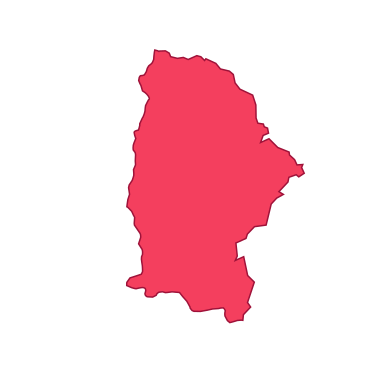 Kriva Palanka, Kriva Palanka, North Macedonia, rotated 225°
{"feature_id": "65306769B37694813292745", "entity_name": "Kriva Palanka", "entity_type": "district", "adm_level": 2, "iso_a3": "MKD", "parent_name": "North Macedonia", "parent_adm1": "Kriva Palanka", "projection": "equal_earth", "projection_center": [22.335, 42.244], "detail": "fine", "context": "isolated", "style": "filled", "palette": "rose", "viewbox_px": 384, "rotation_deg": 225, "n_neighbors": 0, "source": "geoboundaries", "source_scale": "gbopen_adm2", "svg_char_len": 2709}
<svg xmlns="http://www.w3.org/2000/svg" viewBox="0 0 384 384"><g transform="rotate(225 192 192)"><path d="M276.1,293.9L281.4,293.9L285.0,291.8L288.4,283.0L293.3,281.0L296.8,276.2L302.8,272.6L306.3,274.1L310.6,273.0L314.8,268.5L314.8,268.0L316.1,267.6L318.7,266.1L317.5,264.3L315.2,261.4L312.8,258.6L311.7,255.9L311.4,254.3L311.8,250.6L311.1,247.9L309.4,244.8L308.5,241.2L309.3,239.5L310.6,237.9L310.7,237.1L310.3,235.7L308.5,233.1L305.6,231.9L303.4,231.2L298.5,228.5L295.5,229.1L293.3,229.2L291.0,229.0L288.7,228.3L287.9,227.5L287.9,226.3L287.1,223.7L286.4,221.7L286.0,220.4L284.6,218.5L282.4,215.9L280.9,213.3L279.7,210.5L279.3,208.9L277.2,203.3L276.0,202.1L274.5,199.6L273.7,197.9L274.4,196.7L275.0,195.5L275.4,194.2L275.2,193.5L274.9,193.1L272.5,191.5L269.6,190.1L267.7,185.7L266.6,183.6L264.9,181.6L263.3,180.2L260.0,179.7L258.2,178.4L255.2,175.1L254.0,173.8L251.5,171.6L251.0,171.0L249.2,166.5L246.2,163.9L244.8,162.4L243.8,160.6L242.5,158.0L241.9,155.1L241.4,152.6L239.9,150.2L237.3,148.3L234.5,146.2L232.0,141.3L229.1,137.4L227.6,135.5L226.5,135.8L221.0,135.7L216.7,134.1L215.5,133.8L214.6,133.5L210.7,129.0L209.3,127.9L208.3,127.7L203.5,126.8L199.8,126.1L198.7,125.7L198.3,125.5L197.8,125.1L196.5,124.0L196.0,123.3L193.1,117.6L186.6,116.1L185.2,115.2L184.1,114.2L182.8,112.8L181.9,110.6L180.2,108.7L177.9,106.9L174.9,104.7L173.0,103.0L171.3,101.4L170.6,100.6L169.7,98.0L172.0,93.4L175.1,87.4L174.2,82.2L173.8,81.5L172.0,79.7L167.2,81.6L166.1,82.2L164.5,83.1L164.0,83.4L163.1,84.1L161.7,86.4L160.4,88.3L159.3,89.6L158.1,90.4L156.8,90.7L156.0,90.3L155.2,89.8L154.1,88.2L153.6,87.1L152.9,86.5L151.8,86.0L150.4,86.0L149.8,86.2L149.3,86.5L145.5,89.9L144.3,93.6L144.4,94.0L144.9,95.3L144.7,97.1L144.5,97.8L142.3,100.6L141.8,100.9L139.7,102.0L138.5,103.4L135.5,107.3L129.8,112.1L124.7,111.5L118.4,111.1L112.2,109.3L111.2,108.6L108.9,108.3L108.0,108.3L106.3,109.0L101.7,113.4L97.6,119.3L94.7,123.9L90.8,128.4L89.7,130.2L87.9,132.2L86.5,132.2L84.5,131.6L83.7,130.3L82.6,129.0L81.7,128.2L80.9,127.6L76.0,126.1L72.9,126.4L71.2,129.3L69.9,131.7L69.2,133.1L66.6,136.2L65.3,137.2L68.9,141.6L69.2,152.1L74.6,153.1L84.2,172.3L93.6,172.3L109.7,182.8L113.0,174.2L114.7,178.7L124.9,187.0L121.0,197.4L123.1,201.4L123.3,211.7L116.2,221.0L127.5,239.5L127.8,247.6L125.7,254.9L130.8,253.7L131.2,266.9L133.9,270.9L130.5,277.9L127.2,278.2L125.9,284.6L131.8,286.8L133.1,289.8L136.9,285.4L142.3,287.4L149.2,287.1L151.6,288.9L162.8,284.1L175.2,284.1L178.5,275.5L181.7,282.3L179.5,287.7L183.8,290.6L187.0,289.2L189.6,290.5L194.1,287.2L199.0,289.6L208.4,298.7L217.6,303.4L230.8,298.6L238.7,299.6L245.9,304.3L251.1,303.9L258.9,299.1L266.1,299.8L276.4,296.0L276.1,293.9Z" fill="#f43f5e" stroke="#9f1239" stroke-width="1.5"/></g></svg>